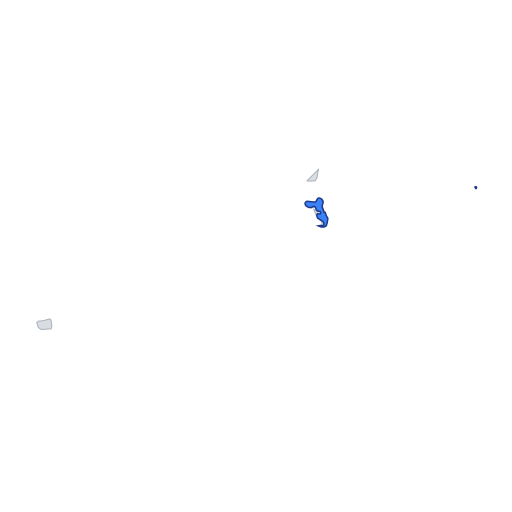 Tongatapu highlighted on a map of Tonga, rotated 223°
{"feature_id": "TON-4945", "entity_name": "Tongatapu", "entity_type": "state/province", "adm_level": 1, "iso_a3": "TON", "parent_name": "Tonga", "parent_adm1": "", "projection": "albers", "projection_center": [-175.347, -21.701], "detail": "fine", "context": "in_parent", "style": "filled", "palette": "blue", "viewbox_px": 512, "rotation_deg": 223, "n_neighbors": 0, "source": "natural_earth", "source_scale": "10m", "svg_char_len": 1438}
<svg xmlns="http://www.w3.org/2000/svg" viewBox="0 0 512 512"><g transform="rotate(223 256 256)"><path d="M245.3,331.9L246.7,331.9L248.3,328.8L253.6,327.6L253.1,331.0L245.8,342.0L241.3,337.7L228.1,330.7L225.4,325.3L229.8,321.1L229.4,324.5L231.6,326.0L239.0,326.5L245.7,329.5L241.6,330.5L245.3,331.9ZM367.8,63.1L363.9,69.4L362.1,69.3L357.7,65.6L356.1,63.1L362.9,55.8L366.4,55.2L371.0,57.8L370.8,59.9L367.8,63.1ZM270.0,345.9L269.4,361.9L264.6,354.6L264.0,351.2L269.0,346.3L270.0,345.9Z" fill="#d9dde1" stroke="#a8b0b8" stroke-width="1"/><path d="M254.9,327.1L256.0,327.9L256.4,328.7L256.3,330.4L255.4,331.3L249.7,335.5L249.4,336.4L249.5,337.6L249.9,338.8L250.1,339.9L249.7,341.2L248.8,341.9L247.7,342.2L246.6,342.4L244.5,341.9L243.5,341.1L241.9,338.0L240.6,336.7L235.8,334.3L235.1,335.1L232.6,333.7L231.2,333.1L230.0,332.9L229.0,332.4L226.6,328.9L225.2,326.0L226.1,323.4L228.4,321.5L231.0,320.5L229.8,322.1L228.2,323.4L227.5,324.8L229.0,326.4L230.1,326.8L231.0,326.8L236.6,325.7L237.5,326.0L238.2,326.6L239.0,327.1L239.7,327.7L239.9,328.9L238.4,329.9L237.7,330.7L238.1,331.8L239.2,332.3L240.2,331.8L241.2,331.1L242.2,330.7L243.4,330.9L245.2,331.9L246.0,332.2L247.5,331.8L248.1,330.7L248.6,329.2L250.1,327.8L251.1,327.3L252.4,327.0L253.7,326.8L254.9,327.1ZM141.5,455.2L142.4,455.5L143.0,456.0L142.7,456.5L142.2,456.7L141.9,456.8L141.3,456.4L141.0,455.8L141.1,455.3L141.5,455.2Z" fill="#3b82f6" stroke="#1e3a8a" stroke-width="1.5"/></g></svg>